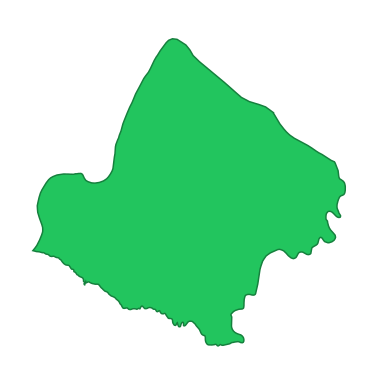 outline of La Virginia, Risaralda, Colombia, rotated 187°
{"feature_id": "7082276B71281345129005", "entity_name": "La Virginia", "entity_type": "district", "adm_level": 2, "iso_a3": "COL", "parent_name": "Colombia", "parent_adm1": "Risaralda", "projection": "natural_earth1", "projection_center": [-75.853, 4.903], "detail": "fine", "context": "isolated", "style": "filled", "palette": "green", "viewbox_px": 384, "rotation_deg": 187, "n_neighbors": 0, "source": "geoboundaries", "source_scale": "gbopen_adm2", "svg_char_len": 5773}
<svg xmlns="http://www.w3.org/2000/svg" viewBox="0 0 384 384"><g transform="rotate(187 192 192)"><path d="M132.6,47.8L131.3,48.3L128.2,49.1L126.7,49.0L125.4,48.5L123.7,48.5L122.8,49.1L122.4,50.3L122.5,51.7L123.0,53.3L123.6,54.2L124.6,55.2L126.1,56.1L128.2,56.5L130.2,57.0L132.2,57.8L133.9,59.0L135.3,60.7L136.2,62.6L136.5,63.9L137.3,72.6L137.6,73.4L138.2,74.3L138.4,74.9L138.3,75.5L137.9,76.2L136.2,78.4L134.6,79.7L131.5,81.2L130.5,81.5L128.8,81.8L127.7,82.1L127.1,82.6L126.7,83.1L126.6,83.9L126.6,85.5L126.9,88.4L127.1,91.7L126.9,93.7L126.7,95.0L126.2,95.9L125.6,96.5L124.5,97.0L123.2,97.3L121.9,97.4L120.2,97.1L118.7,97.1L117.6,97.4L116.8,98.1L116.5,98.9L115.5,108.6L115.1,123.3L114.6,126.7L113.5,131.9L112.5,134.1L110.7,137.5L109.0,139.2L106.7,141.2L99.9,145.3L98.1,145.8L96.2,145.5L93.9,144.8L91.2,142.8L88.6,140.5L85.7,138.7L84.5,138.4L83.3,138.2L82.3,138.6L81.2,139.3L80.5,140.2L78.9,144.3L78.0,145.2L77.1,145.6L76.1,145.8L74.7,145.8L70.5,144.1L68.9,144.0L67.5,144.5L66.6,145.4L66.5,146.7L66.3,150.7L65.9,151.6L64.1,153.1L62.3,154.4L61.3,155.5L60.8,156.7L60.3,160.7L59.8,161.8L59.1,162.6L58.2,162.6L57.2,162.0L55.2,159.7L54.2,158.9L51.1,158.2L49.9,158.3L47.1,159.6L45.2,161.3L44.3,163.1L44.0,164.6L44.7,166.6L46.6,168.4L49.6,171.0L51.2,172.9L52.4,175.0L53.6,178.0L54.0,179.6L55.6,181.2L55.9,182.5L56.1,184.3L56.1,185.8L56.0,186.6L55.8,187.3L54.9,188.8L54.5,189.2L53.8,189.5L53.0,189.6L52.1,189.6L50.9,189.3L49.1,188.1L46.3,185.8L45.0,185.0L44.1,184.7L43.4,184.6L42.7,184.7L41.9,185.0L41.7,185.3L41.6,186.0L41.7,186.7L43.7,189.2L44.1,190.2L45.9,193.4L46.3,194.9L46.5,197.2L46.1,200.6L45.7,202.6L44.9,205.0L44.1,206.0L43.1,206.7L42.2,207.1L41.1,207.9L40.5,208.9L40.2,210.1L40.1,212.4L40.5,215.9L40.8,217.1L41.3,218.5L41.8,219.6L43.0,221.0L45.5,222.4L46.9,223.0L47.6,223.9L48.0,224.7L48.4,226.0L48.7,227.3L49.6,231.0L53.4,238.1L54.3,239.3L57.9,240.4L67.5,245.1L71.0,246.4L74.1,247.9L78.4,250.2L82.8,252.3L97.0,257.8L101.7,260.3L103.3,261.4L105.7,263.2L108.7,265.9L113.1,270.3L120.4,279.7L120.8,280.1L120.7,280.6L129.3,285.4L135.4,286.8L146.1,288.7L154.5,291.9L161.0,296.3L172.8,304.4L200.6,322.3L207.6,327.6L211.3,332.6L216.0,337.2L225.4,341.7L230.1,341.7L233.7,339.7L235.7,337.2L240.7,328.4L243.1,323.1L243.7,322.2L245.5,318.0L248.3,309.5L249.8,305.6L252.4,301.2L253.7,298.7L256.9,290.2L259.9,282.5L262.3,273.7L264.2,268.4L266.0,262.2L268.0,254.7L268.9,251.0L269.9,243.9L271.0,239.7L271.5,236.5L272.1,234.8L273.3,229.9L273.5,227.4L273.1,220.6L273.3,217.3L273.3,205.7L273.9,203.0L275.3,199.6L276.8,196.8L278.3,194.7L281.2,192.2L285.1,190.2L289.4,189.0L292.7,188.8L296.6,189.6L298.8,190.6L300.6,192.6L301.8,194.6L302.9,196.2L304.5,196.9L307.0,196.5L308.7,196.0L310.1,195.8L311.5,195.2L314.1,194.9L316.9,194.7L321.7,194.2L328.1,192.4L331.8,190.4L334.0,188.8L335.8,186.7L337.7,183.5L339.0,180.7L341.2,175.8L342.3,172.5L343.1,168.0L343.6,163.2L343.9,159.5L343.3,156.1L342.6,152.9L340.2,147.5L337.1,141.4L335.9,138.5L335.5,135.9L335.4,134.1L336.0,131.0L337.4,125.8L339.5,120.0L341.1,117.1L342.8,114.4L340.3,114.1L339.4,113.9L336.2,114.0L335.5,113.9L333.7,113.6L333.2,113.5L332.4,113.7L331.5,113.6L329.8,112.8L329.4,112.6L327.3,112.5L326.5,112.1L325.5,111.3L324.8,111.0L323.6,110.9L323.0,111.0L322.2,111.3L321.6,111.4L320.6,111.2L319.7,110.8L318.6,110.5L316.3,110.4L315.4,109.4L314.1,108.8L313.7,108.5L312.1,106.7L310.5,105.3L308.8,104.4L308.0,104.2L305.7,104.2L305.3,104.1L304.9,103.9L302.7,101.3L302.2,100.8L300.9,100.8L300.1,100.4L299.8,100.0L299.6,99.5L299.5,98.6L298.1,98.1L297.3,97.4L296.5,96.4L296.0,95.9L295.2,95.7L294.8,95.5L294.0,94.8L293.4,94.5L290.7,93.7L290.0,93.3L289.6,92.9L289.0,91.7L288.8,90.2L288.3,89.8L287.2,89.2L287.2,88.8L287.4,88.2L287.5,88.3L287.6,88.2L287.8,88.3L287.9,87.9L287.7,87.8L287.7,87.1L287.5,86.9L287.2,86.8L286.9,88.5L286.5,90.1L286.0,88.9L285.8,89.0L284.9,89.6L284.2,90.1L283.6,90.2L283.0,90.1L282.2,89.7L281.1,89.3L279.9,89.0L276.7,88.7L275.5,88.9L274.0,89.0L273.4,88.8L271.8,87.3L271.3,86.7L270.2,85.7L269.3,85.2L268.4,84.4L266.4,83.0L265.8,82.8L264.8,82.7L263.6,82.1L262.9,81.6L262.6,81.1L262.0,80.5L259.6,79.0L257.9,78.6L256.4,78.1L255.8,77.8L255.1,77.4L253.9,76.2L253.2,75.9L252.0,75.1L251.0,74.2L249.7,72.2L248.9,71.6L248.2,70.9L247.6,69.9L246.7,68.7L246.1,68.3L245.6,68.2L244.4,68.4L243.5,68.8L242.4,69.0L241.6,68.7L240.7,68.0L240.1,67.8L239.4,67.8L238.5,67.9L236.5,68.9L234.7,69.2L234.1,69.2L232.4,68.9L230.8,70.0L230.4,70.0L229.8,69.7L229.4,69.8L229.2,70.6L228.6,72.0L228.2,72.4L227.8,72.7L227.2,72.6L225.2,70.9L224.5,70.5L223.7,70.6L222.7,70.8L221.2,71.8L220.2,72.2L218.9,72.2L218.1,72.1L217.4,71.8L216.2,71.1L215.9,71.0L214.5,71.1L214.1,70.9L213.8,70.7L212.7,69.3L212.2,69.0L211.7,69.0L211.1,69.3L210.3,70.1L209.9,70.2L209.5,70.0L208.8,68.8L207.8,67.8L207.3,67.6L206.7,67.5L205.6,67.6L204.4,68.2L203.9,68.1L203.2,67.5L202.5,66.4L200.1,63.8L199.7,63.7L199.2,63.7L197.6,63.8L196.9,63.7L196.2,63.3L195.8,62.5L195.5,61.5L195.4,60.8L194.9,59.5L193.6,57.9L193.1,57.6L192.0,57.6L191.7,58.0L191.5,58.5L191.3,59.6L191.0,60.1L190.6,60.5L190.1,59.1L189.7,58.2L189.3,57.5L188.8,56.9L188.5,56.7L187.9,56.7L187.5,56.8L187.2,57.1L187.0,57.7L186.8,59.3L186.4,60.4L186.0,61.2L185.6,61.5L185.3,61.6L184.9,61.5L184.6,61.2L184.4,60.8L184.2,58.8L184.1,58.4L183.8,58.2L183.3,58.2L182.8,58.4L182.1,59.1L180.4,62.0L180.0,62.6L179.5,63.0L178.8,63.4L177.9,63.6L176.1,63.6L175.4,63.2L172.5,61.1L171.8,60.1L171.2,59.5L169.3,57.8L168.6,57.1L167.9,56.5L165.8,53.0L165.3,52.4L164.8,51.9L163.9,51.4L162.6,51.0L162.0,51.0L161.8,50.8L161.5,50.5L161.1,49.5L160.7,46.8L160.2,45.2L159.7,44.3L158.8,43.2L158.1,42.6L157.1,42.3L155.6,42.4L153.6,42.6L151.3,43.2L150.1,43.7L149.6,43.7L148.9,43.3L148.2,42.6L147.5,42.4L146.9,42.6L145.3,44.1L143.8,43.6L142.6,43.6L136.2,45.9L135.0,46.7L134.5,47.3L132.6,47.8Z" fill="#22c55e" stroke="#15803d" stroke-width="1.5"/></g></svg>